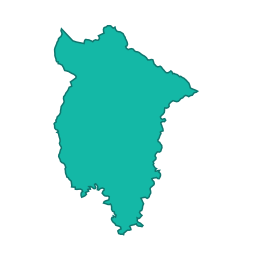 Lebon Régis, Santa Catarina, Brazil, rotated 354°
{"feature_id": "56859067B67369109859398", "entity_name": "Lebon Régis", "entity_type": "district", "adm_level": 2, "iso_a3": "BRA", "parent_name": "Brazil", "parent_adm1": "Santa Catarina", "projection": "robinson", "projection_center": [-50.697, -26.878], "detail": "fine", "context": "isolated", "style": "filled", "palette": "teal", "viewbox_px": 256, "rotation_deg": 354, "n_neighbors": 0, "source": "geoboundaries", "source_scale": "gbopen_adm2", "svg_char_len": 5089}
<svg xmlns="http://www.w3.org/2000/svg" viewBox="0 0 256 256"><g transform="rotate(354 128 128)"><path d="M56.9,124.9L58.3,125.8L58.5,128.3L58.7,129.7L59.0,131.1L59.2,132.6L59.0,134.4L58.2,136.0L58.7,138.1L59.6,139.7L59.6,141.4L58.7,142.5L58.0,144.3L57.3,146.2L56.5,147.3L56.1,149.1L56.6,150.7L57.2,152.3L57.4,153.9L58.4,155.3L59.6,156.0L60.6,156.6L61.5,158.4L62.0,160.7L61.1,162.0L61.3,163.9L61.2,166.1L61.5,167.6L61.9,168.8L62.0,170.3L63.4,171.2L64.2,173.0L65.3,174.1L66.0,175.1L66.0,177.1L66.1,179.1L65.7,180.7L67.7,181.1L69.3,181.3L69.2,183.4L70.8,183.7L72.7,183.7L74.4,183.8L75.8,184.8L76.3,186.4L75.0,187.1L74.4,188.6L74.3,190.3L74.7,192.0L76.2,191.6L78.1,190.9L79.7,189.6L79.0,187.7L80.6,187.2L82.3,186.7L81.6,184.9L82.9,184.7L84.2,184.9L84.0,183.5L83.0,182.2L84.8,182.3L86.3,183.3L87.5,184.6L88.7,184.9L89.8,184.2L89.2,182.4L88.9,180.6L90.0,180.1L91.1,181.5L91.8,183.1L91.7,184.9L91.1,186.1L92.4,186.7L93.5,185.8L94.6,185.2L96.3,185.0L97.8,185.8L97.8,187.2L96.6,188.1L95.5,190.1L96.3,191.3L97.0,192.3L98.0,193.1L99.2,193.4L100.8,193.5L102.2,194.4L101.8,196.1L101.4,197.4L100.0,197.8L98.3,198.1L96.6,198.7L95.8,200.1L97.3,200.7L98.5,201.2L99.6,201.8L101.3,202.2L102.6,201.7L103.2,202.8L103.5,204.6L103.2,207.2L103.9,209.1L105.6,210.1L105.5,211.9L107.0,213.4L106.3,215.3L105.3,214.5L104.1,213.8L104.0,215.5L102.7,215.4L102.0,216.8L102.5,218.6L103.5,220.3L105.0,221.6L105.6,223.3L107.0,224.0L108.6,224.6L110.3,225.7L110.5,227.7L108.7,228.2L107.1,229.3L107.7,232.0L109.7,232.9L111.4,233.0L112.5,233.6L113.1,231.9L114.5,231.1L115.8,230.1L116.9,229.6L118.7,229.8L120.3,229.4L120.1,227.7L119.3,226.0L120.3,225.3L122.1,225.0L124.0,224.8L126.3,224.2L126.9,225.9L128.3,226.7L130.0,227.0L131.6,227.6L132.7,226.5L131.7,225.5L130.5,224.1L129.2,223.3L128.1,222.6L127.4,221.2L127.8,219.8L127.7,218.3L129.3,219.2L130.5,218.6L131.7,217.4L132.8,216.4L131.4,214.9L130.6,213.1L131.6,211.6L132.9,211.5L133.8,209.8L134.5,207.0L135.6,205.0L134.9,203.1L134.3,201.2L133.5,199.2L134.9,198.9L136.6,198.7L138.2,198.8L139.7,200.0L141.0,199.4L141.9,198.5L142.5,196.9L143.8,195.1L143.9,193.1L143.5,190.9L144.3,189.5L145.6,188.7L146.8,187.8L147.9,187.1L148.3,185.8L148.1,184.0L146.9,182.6L146.4,180.9L148.6,180.4L149.9,180.4L151.1,180.2L152.3,181.4L153.6,181.7L154.4,180.6L155.3,179.0L155.5,177.2L154.9,176.0L153.9,175.0L154.9,173.5L153.5,173.5L151.9,173.8L150.7,173.9L150.7,172.5L152.1,171.4L150.9,170.7L149.9,168.9L149.2,167.1L150.0,166.1L149.4,164.2L151.1,163.0L152.5,161.8L152.8,160.3L151.9,158.8L152.5,157.0L153.6,155.9L154.7,154.8L156.9,155.2L158.2,154.4L158.9,152.7L159.7,151.2L159.7,148.8L158.7,147.3L158.0,145.6L156.6,144.7L156.4,142.9L157.4,142.0L158.1,140.8L158.9,138.9L160.2,137.0L159.7,135.5L160.9,134.9L162.6,134.5L162.6,132.5L162.1,130.7L161.8,129.0L161.3,127.5L161.2,126.0L163.0,125.2L165.0,125.5L166.3,124.2L165.5,122.6L164.3,122.7L163.0,123.1L161.6,121.8L161.4,120.2L162.7,119.0L164.4,117.8L165.7,116.3L166.1,114.7L166.3,113.2L166.8,111.8L168.5,112.3L170.1,111.8L171.2,110.7L171.1,108.9L172.1,107.8L173.6,106.6L175.6,105.5L177.5,106.3L179.2,106.9L180.8,106.7L182.1,105.8L183.4,104.4L185.6,103.7L187.3,102.2L188.6,101.6L190.4,102.2L191.7,103.2L192.9,102.5L194.1,102.2L195.4,102.1L196.4,101.0L197.5,99.9L199.8,99.5L201.1,98.7L199.9,97.9L198.3,97.0L196.5,96.1L195.3,95.4L194.2,94.7L194.0,93.3L193.7,91.7L193.2,89.7L191.9,88.1L191.0,86.7L190.1,85.8L189.0,84.5L187.1,83.3L185.8,82.1L184.6,82.4L183.7,81.2L182.4,80.0L180.4,79.2L179.4,78.5L178.2,78.7L177.6,76.8L176.6,75.7L175.4,76.5L173.5,77.3L171.8,77.0L170.6,75.7L169.6,74.1L168.5,72.7L167.6,70.9L166.4,69.9L165.3,70.2L163.9,70.3L162.5,69.4L161.6,68.1L160.6,66.9L160.3,65.0L159.8,62.7L158.2,62.3L156.8,62.6L154.7,62.3L153.7,60.1L152.5,58.8L151.5,57.9L150.2,57.1L148.6,55.7L147.1,54.2L145.6,53.3L143.8,52.9L142.4,51.9L141.6,50.3L140.0,49.5L138.1,49.6L136.3,50.0L134.7,48.5L134.2,46.6L135.5,46.2L136.3,44.6L136.1,42.6L135.5,40.6L134.7,38.7L134.6,37.4L133.8,36.0L133.0,33.7L131.4,32.4L130.1,31.5L128.8,31.3L127.1,30.6L125.9,28.6L125.6,26.3L123.8,27.2L122.7,26.1L121.5,24.6L120.0,24.3L118.3,24.2L117.0,25.2L115.7,25.4L114.6,25.8L113.9,27.3L113.8,29.4L114.1,31.1L108.2,33.2L108.8,34.3L109.0,35.8L107.8,37.5L106.5,37.5L104.9,36.9L103.1,37.5L102.0,38.5L100.7,37.6L99.5,37.0L98.4,36.3L96.8,36.0L95.3,35.5L94.2,36.2L93.6,37.7L93.1,39.4L85.7,37.1L82.2,35.5L72.2,22.4L71.5,24.3L71.9,25.5L72.3,27.6L71.5,29.0L70.8,30.2L69.7,30.7L68.2,32.0L67.7,33.8L66.5,35.2L65.8,36.9L64.9,38.6L63.9,40.4L63.2,42.3L63.1,44.3L63.1,46.2L62.9,48.4L63.2,50.2L63.6,51.8L63.6,53.5L64.2,54.7L65.4,54.9L65.3,56.7L66.8,57.1L68.1,58.0L69.1,58.6L69.6,59.9L70.2,61.1L70.6,62.8L71.1,64.2L72.4,64.6L73.6,65.1L75.0,65.7L76.4,66.8L78.1,68.0L79.6,68.8L80.7,69.8L81.8,71.2L81.4,72.8L75.5,76.2L76.0,77.5L76.3,79.0L76.3,80.7L73.8,81.3L72.3,84.1L71.0,85.6L69.9,86.7L68.7,88.8L67.3,90.1L66.9,92.2L67.3,94.7L66.7,96.3L65.4,97.8L63.8,99.7L63.3,101.8L62.7,103.8L62.5,105.6L61.4,107.4L60.2,108.5L58.7,109.6L58.1,111.6L57.1,112.6L57.2,114.4L55.7,115.2L54.9,116.1L55.3,117.9L55.1,119.5L55.3,120.8L56.2,122.0L57.7,122.7L58.3,124.1L56.9,124.9Z" fill="#14b8a6" stroke="#0f766e" stroke-width="1.5"/></g></svg>